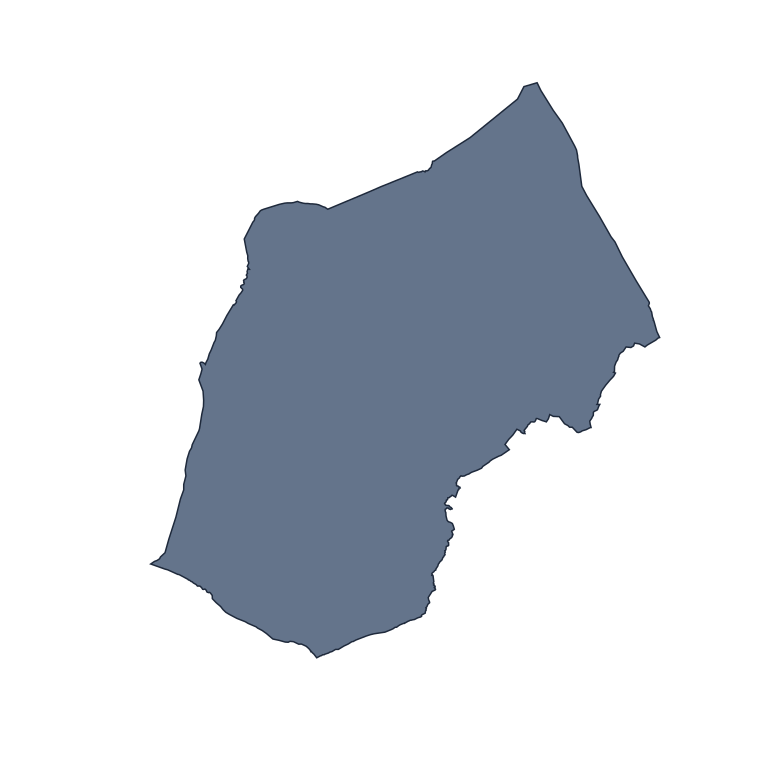 the district of Krødsherad nor, Buskerud, Norway, rotated 72°
{"feature_id": "86288312B702333415323", "entity_name": "Krødsherad nor", "entity_type": "district", "adm_level": 2, "iso_a3": "NOR", "parent_name": "Norway", "parent_adm1": "Buskerud", "projection": "orthographic", "projection_center": [9.773, 60.192], "detail": "fine", "context": "isolated", "style": "filled", "palette": "slate", "viewbox_px": 768, "rotation_deg": 72, "n_neighbors": 0, "source": "geoboundaries", "source_scale": "gbopen_adm2", "svg_char_len": 6170}
<svg xmlns="http://www.w3.org/2000/svg" viewBox="0 0 768 768"><g transform="rotate(72 384 384)"><path d="M144.8,145.3L144.4,159.0L154.3,169.0L176.3,226.1L183.2,253.1L187.5,267.3L187.1,268.6L187.8,269.4L189.1,269.8L190.2,270.9L192.3,272.2L192.9,273.0L193.0,273.8L193.3,274.3L194.5,275.8L194.4,276.2L194.6,276.7L194.5,277.6L194.1,278.3L194.9,279.4L194.5,279.5L193.5,281.2L193.3,281.6L193.7,282.9L193.4,284.4L193.5,285.5L192.6,286.6L195.4,326.0L196.7,339.5L200.4,383.5L197.6,385.6L196.8,386.9L193.4,390.7L192.1,392.9L190.5,396.6L189.9,398.4L188.8,400.6L188.0,403.1L187.0,405.1L184.9,408.4L183.6,409.8L183.5,414.1L183.1,416.2L181.8,420.3L181.3,422.7L180.8,428.0L180.6,444.1L180.7,446.6L181.1,448.2L182.8,450.5L185.1,454.5L186.4,455.9L187.2,456.1L188.4,456.9L189.5,458.7L202.9,472.1L216.2,473.8L219.9,473.9L222.4,474.8L225.2,475.3L226.1,475.0L227.6,475.5L229.9,477.7L233.3,476.6L233.2,476.9L232.5,477.9L234.8,479.5L236.7,479.7L237.3,480.8L238.0,481.3L238.9,480.9L240.4,481.3L241.3,482.5L241.6,484.2L241.5,484.7L242.4,485.7L243.8,485.6L244.1,486.0L245.1,485.8L245.6,486.2L246.0,486.9L246.1,488.8L246.6,490.0L247.9,490.4L250.1,489.2L251.3,489.5L253.1,491.8L254.6,494.3L259.1,499.1L259.9,498.8L260.9,499.3L262.6,502.2L262.6,502.7L262.2,502.9L270.3,512.3L277.1,519.2L281.1,524.0L283.3,527.3L286.4,528.6L290.4,531.0L291.9,532.7L298.3,537.9L301.3,540.8L305.9,543.9L308.7,546.8L310.2,547.8L308.8,548.5L307.2,550.0L306.8,551.1L306.8,551.8L307.4,552.6L313.6,552.4L317.5,554.9L322.8,558.8L334.9,558.3L343.9,560.6L349.7,562.7L356.4,566.6L369.4,573.2L371.3,574.5L382.4,585.1L385.3,586.8L387.9,589.8L394.4,594.4L404.4,599.7L410.2,600.8L417.6,605.5L422.8,607.2L430.4,613.1L446.4,623.1L465.1,636.6L476.8,644.4L479.4,650.0L480.9,651.5L481.7,654.4L481.8,657.1L483.1,661.5L492.2,649.7L493.9,647.1L501.3,639.0L501.9,637.8L509.3,630.7L509.9,630.6L510.6,629.5L512.3,628.4L512.9,627.5L514.3,626.8L516.7,624.6L518.5,623.9L519.1,622.0L519.6,621.3L521.4,620.4L523.2,619.9L523.6,619.2L523.6,618.1L523.9,617.5L525.5,616.7L526.7,616.8L527.4,616.4L528.3,615.1L528.3,614.2L529.3,613.6L532.1,612.7L535.1,613.6L540.1,611.2L545.2,608.1L548.8,606.8L552.2,605.0L554.9,602.7L561.5,596.3L567.2,589.4L569.7,587.2L575.5,580.6L577.0,579.7L580.7,576.1L585.0,572.9L592.2,568.5L595.3,563.1L598.9,557.7L600.0,554.9L599.7,552.9L601.1,549.7L605.1,545.5L605.8,542.9L609.3,539.1L611.1,538.0L613.6,536.7L615.9,536.2L615.7,535.9L617.6,535.1L619.3,534.1L623.6,532.6L622.9,528.4L623.0,527.3L622.5,526.0L623.0,524.7L622.7,523.7L622.7,519.7L622.3,518.6L622.4,516.2L621.5,512.4L621.5,511.9L622.3,509.4L620.8,503.0L620.2,498.2L619.1,494.1L619.4,493.1L618.8,489.7L618.2,478.8L618.2,474.3L618.5,470.5L620.3,459.8L619.8,452.7L619.6,451.6L619.6,451.1L618.8,448.6L619.2,447.4L619.0,446.4L618.4,444.9L618.0,443.2L617.7,439.4L618.0,438.5L617.6,438.1L617.8,437.8L617.3,435.6L617.3,435.2L617.1,434.7L617.0,432.9L616.8,432.2L617.1,430.7L617.1,429.7L617.4,427.8L616.8,424.2L616.9,421.1L616.6,420.1L615.9,420.1L615.2,419.1L614.7,415.7L612.5,414.5L612.0,413.7L611.0,413.7L610.4,413.0L609.7,413.2L609.6,412.7L609.2,412.5L608.9,411.9L607.1,410.4L606.1,408.2L604.7,408.0L603.5,408.3L600.7,407.9L596.1,402.3L596.0,400.9L595.8,400.4L595.9,399.4L595.1,398.4L594.2,398.7L593.8,398.5L593.2,399.1L592.9,399.0L592.6,398.0L591.7,398.0L591.2,398.6L590.4,399.0L589.8,398.2L588.5,398.6L587.4,397.7L582.6,396.8L581.5,396.6L580.9,397.0L580.8,397.4L580.4,396.9L579.4,397.3L578.5,396.3L577.9,394.5L577.1,393.5L577.0,392.3L575.8,391.6L573.8,389.1L572.0,387.9L571.4,386.9L570.4,385.9L570.2,384.9L569.4,384.1L569.3,383.3L567.2,381.6L566.7,380.5L566.1,380.1L565.5,379.4L565.3,378.7L563.6,378.6L562.9,377.7L561.4,377.7L561.3,377.0L560.5,376.2L557.9,375.1L557.7,374.8L557.8,374.0L557.5,373.3L557.7,372.8L557.3,372.3L554.7,371.6L553.5,372.2L552.7,371.9L552.4,371.4L552.6,370.4L551.7,369.4L551.0,367.3L550.3,366.4L549.6,366.0L549.4,365.6L548.6,365.7L548.3,364.9L545.0,365.2L544.6,364.7L544.7,363.9L544.2,363.3L544.1,362.3L543.9,362.0L540.3,361.9L537.8,362.1L536.2,363.5L534.8,365.4L533.0,366.1L528.8,365.8L525.2,364.9L524.7,365.1L523.0,364.9L522.1,364.5L521.8,363.1L521.3,362.4L521.6,362.1L521.6,361.6L521.8,361.3L522.9,360.8L523.9,359.6L523.7,358.4L523.9,357.8L523.8,357.7L522.2,358.3L521.5,359.1L519.8,359.8L519.4,360.3L519.3,360.9L518.2,362.9L516.3,363.3L516.0,363.0L515.8,362.2L515.1,361.3L513.7,360.5L513.7,359.4L511.9,358.4L512.2,357.7L512.1,356.7L511.7,356.2L511.5,355.1L510.8,353.7L511.5,352.8L513.7,350.9L507.7,346.3L507.7,345.8L507.5,345.4L506.5,345.0L506.3,344.6L506.4,343.7L505.6,343.7L504.7,344.9L503.8,345.2L503.4,346.2L502.9,346.4L501.0,345.8L500.4,346.0L500.1,345.5L497.5,343.4L496.5,341.1L495.7,340.5L495.1,339.1L495.8,338.3L496.3,336.0L495.8,333.3L495.8,331.0L495.2,329.0L495.0,327.6L494.8,321.9L494.2,317.2L492.9,315.5L490.7,308.0L490.0,306.9L489.1,303.9L488.1,297.3L488.0,294.6L485.2,285.1L478.9,287.6L475.2,282.5L472.4,277.3L468.1,271.6L470.8,268.8L471.9,268.7L473.1,267.9L474.2,266.7L474.7,265.2L473.0,265.3L472.7,264.8L471.4,265.1L468.7,260.9L467.2,259.5L466.8,257.9L465.5,256.3L465.7,254.9L466.5,253.1L466.4,252.2L465.6,251.2L463.9,249.8L464.3,248.8L467.9,244.6L467.9,244.4L470.2,241.3L467.9,238.4L464.3,235.8L467.1,233.0L469.2,227.4L477.6,224.6L480.4,221.9L482.4,220.9L483.3,218.3L489.6,215.3L490.3,213.9L490.3,211.7L489.8,209.9L489.9,205.9L489.2,201.5L489.4,200.5L485.9,200.3L482.9,199.8L480.8,197.0L480.1,196.5L478.5,194.6L475.6,193.6L475.0,192.5L474.7,189.7L474.4,188.9L471.6,186.7L470.1,185.1L469.2,187.7L468.7,187.0L464.6,184.5L462.5,181.8L460.9,181.4L458.0,179.4L453.7,173.6L450.3,168.2L447.7,163.4L445.1,160.5L443.8,162.0L443.4,161.0L438.3,159.2L434.9,156.5L433.2,154.3L431.0,152.9L430.5,152.2L429.3,151.8L427.7,149.7L426.8,146.4L423.6,142.3L425.6,137.9L424.9,134.9L422.6,133.1L424.8,128.7L429.4,124.4L428.3,121.5L426.2,111.8L425.0,109.1L425.0,107.5L418.4,108.3L407.3,107.8L406.8,108.2L405.9,107.8L402.8,107.9L398.1,107.2L397.2,107.5L394.6,107.5L391.4,108.4L389.2,106.7L388.2,106.5L363.8,112.3L336.7,118.1L320.3,120.4L314.1,122.6L291.6,127.2L267.5,133.0L257.1,134.8L235.5,130.8L228.8,129.9L226.5,129.3L220.9,128.6L216.7,129.1L190.9,133.8L176.0,138.5L153.4,144.1L144.8,145.3Z" fill="#64748b" stroke="#1e293b" stroke-width="1.5"/></g></svg>